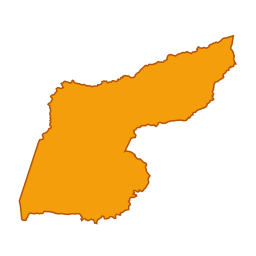 the district of Anastácio, Mato Grosso do Sul, Brazil, rotated 276°
{"feature_id": "56859067B42478140568783", "entity_name": "Anastácio", "entity_type": "district", "adm_level": 2, "iso_a3": "BRA", "parent_name": "Brazil", "parent_adm1": "Mato Grosso do Sul", "projection": "equal_earth", "projection_center": [-55.73, -20.736], "detail": "fine", "context": "isolated", "style": "filled", "palette": "amber", "viewbox_px": 256, "rotation_deg": 276, "n_neighbors": 0, "source": "geoboundaries", "source_scale": "gbopen_adm2", "svg_char_len": 5868}
<svg xmlns="http://www.w3.org/2000/svg" viewBox="0 0 256 256"><g transform="rotate(276 128 128)"><path d="M165.2,56.9L164.3,57.7L162.3,58.7L161.5,59.4L160.8,58.4L160.2,56.3L160.8,55.0L160.7,54.0L160.2,53.3L159.5,52.6L158.7,52.8L157.9,53.3L157.2,53.4L156.6,53.0L155.6,52.2L154.0,51.3L153.4,50.7L153.0,49.5L152.2,48.3L151.1,47.8L150.4,48.3L149.7,49.6L148.7,49.7L146.3,48.8L145.2,48.2L144.6,47.5L144.1,46.5L143.2,46.0L141.8,48.0L140.1,48.0L138.8,48.9L136.1,49.3L135.2,48.8L134.5,48.8L132.7,49.1L131.9,49.8L130.8,49.7L129.9,49.4L128.8,50.4L127.2,49.6L126.6,50.4L125.9,50.7L124.7,49.9L122.2,50.1L121.7,51.2L121.1,51.7L120.2,51.5L119.7,50.7L119.2,49.6L117.3,48.9L115.4,47.8L114.3,46.1L113.8,44.9L113.3,44.2L112.5,43.7L111.5,43.8L109.5,44.9L108.6,44.9L108.0,44.4L107.6,43.5L107.1,41.4L103.4,40.3L44.2,27.6L39.1,29.2L26.4,31.8L25.8,32.3L25.3,33.2L25.4,35.6L25.9,36.3L27.8,36.6L28.7,37.4L31.0,37.8L32.7,38.9L33.2,40.9L32.9,42.7L32.9,44.3L33.5,45.3L33.8,46.2L33.7,47.5L33.4,48.6L33.9,50.4L34.1,51.7L34.6,52.5L35.6,52.9L36.4,53.7L36.3,55.2L36.6,58.6L36.2,62.4L36.1,63.4L35.7,64.2L35.5,65.4L35.4,67.9L35.9,70.5L35.7,74.1L35.8,77.6L36.0,78.6L36.9,81.0L37.0,84.1L37.7,87.5L37.3,89.1L36.8,89.8L35.8,90.3L35.1,91.5L34.3,91.6L33.6,91.4L32.5,90.8L31.9,91.5L31.2,91.7L32.0,92.5L32.8,92.9L33.1,93.9L33.1,95.1L32.3,95.8L31.8,97.0L31.8,98.1L32.3,99.2L33.0,100.2L33.4,101.4L32.7,103.7L29.8,104.9L30.2,105.7L29.8,107.0L30.8,106.8L31.6,106.8L32.8,107.2L33.7,107.3L34.1,108.1L36.0,110.6L36.8,111.2L37.6,111.2L37.6,112.2L37.5,113.2L35.4,114.0L35.3,115.5L36.1,117.9L36.7,118.6L37.5,118.9L38.0,119.6L38.1,120.8L38.0,122.1L37.1,123.1L36.6,123.9L37.3,125.3L38.2,125.1L38.9,124.6L39.8,124.8L40.9,125.6L40.9,126.6L40.5,129.4L41.3,129.8L42.3,129.2L43.1,129.5L43.3,131.0L43.9,131.8L44.8,132.6L45.9,134.0L47.0,137.3L50.6,136.9L51.2,137.9L52.1,138.1L52.9,138.0L55.1,136.2L55.6,136.9L56.3,137.2L57.0,137.0L58.6,137.4L59.3,138.0L59.2,139.0L59.8,140.0L59.5,140.9L60.2,142.1L61.0,142.7L61.1,143.6L62.2,143.3L62.6,141.8L62.6,140.7L62.8,139.7L63.5,140.6L64.5,141.1L65.0,140.3L65.7,140.2L66.4,140.5L66.6,141.7L65.4,143.8L65.5,144.7L66.1,145.7L67.4,145.5L67.2,146.6L66.3,148.4L66.9,149.3L68.9,150.4L70.2,151.7L72.2,152.6L73.0,152.9L75.5,154.2L76.3,154.3L78.7,153.3L80.2,153.5L82.0,154.4L82.6,154.9L85.7,151.7L87.7,150.6L89.1,150.4L90.6,149.6L91.3,149.5L92.2,149.7L93.2,150.4L94.1,150.1L94.9,149.3L95.5,147.1L97.2,144.8L98.2,144.0L98.5,142.9L98.1,141.6L98.4,140.4L100.9,137.6L101.7,138.0L102.6,136.9L103.2,135.6L104.0,134.6L104.3,133.8L104.8,131.4L105.0,128.8L104.3,127.3L116.7,131.7L117.9,131.9L118.8,133.8L119.2,135.0L119.3,136.2L120.0,136.5L120.7,136.4L121.7,136.6L123.2,134.9L124.0,134.6L124.8,134.6L125.4,133.9L126.2,134.2L126.8,134.7L127.1,135.8L129.2,137.0L129.7,138.6L129.7,139.7L130.3,140.1L130.9,140.8L131.6,140.8L132.1,144.0L132.0,145.1L132.9,145.8L133.1,146.8L133.9,147.8L132.9,150.6L133.7,153.7L132.8,154.7L132.5,155.9L133.7,156.6L134.5,157.4L135.4,157.4L136.3,158.0L136.7,158.9L136.9,160.1L136.4,161.1L136.2,162.4L136.6,163.4L136.7,164.7L138.6,167.7L138.9,168.9L139.4,169.6L139.9,171.2L139.7,172.4L140.2,173.5L140.8,176.2L141.4,179.9L141.1,182.6L141.4,184.1L141.8,185.3L142.7,185.8L143.5,186.6L144.6,186.9L144.3,187.9L144.9,188.6L145.8,188.6L147.4,189.9L147.9,191.2L148.5,190.9L149.2,190.9L150.1,191.4L150.4,192.3L150.7,193.5L151.6,194.0L152.3,194.8L153.0,195.1L154.4,198.3L155.1,199.4L156.1,201.8L157.2,203.3L157.9,203.5L158.4,204.0L159.1,204.3L160.1,204.0L160.9,205.2L162.5,206.8L163.7,206.7L164.1,207.4L164.2,208.5L164.7,209.5L165.6,210.2L166.4,209.5L166.9,208.8L168.1,209.1L168.9,208.2L169.6,209.2L170.6,209.6L172.4,208.3L173.4,208.3L175.5,209.1L176.6,208.7L177.5,209.2L178.1,208.9L180.1,209.0L182.8,209.9L183.2,211.5L183.7,212.3L186.3,215.1L186.9,216.3L187.7,217.3L188.9,217.9L189.6,217.2L191.5,217.3L192.7,218.8L194.2,219.8L195.2,220.0L195.7,220.9L195.9,222.0L196.6,222.3L197.3,222.1L198.1,222.2L198.8,222.6L198.8,223.9L199.9,224.0L199.9,225.3L200.2,226.4L202.5,226.8L203.0,228.4L203.5,227.4L204.4,227.8L204.8,226.9L206.0,226.6L207.1,226.0L208.5,226.0L211.0,226.2L211.8,225.5L214.0,224.9L215.7,223.8L217.4,221.9L218.4,221.8L219.7,221.9L221.7,222.6L230.7,223.1L227.9,216.4L227.3,213.9L226.9,213.2L226.1,212.5L225.3,211.7L224.3,211.1L223.7,210.2L222.9,209.4L222.1,208.0L222.6,206.6L221.6,205.4L221.2,203.9L220.1,202.5L219.2,200.6L218.5,200.1L217.8,200.2L217.1,199.7L215.9,198.2L215.5,197.2L215.9,196.0L216.1,195.0L215.1,193.6L215.1,191.2L216.1,189.6L215.5,189.1L213.6,188.2L213.0,189.1L212.0,188.6L211.1,187.7L210.3,184.4L209.4,183.7L208.8,183.3L209.1,181.4L209.4,180.2L210.1,178.9L209.6,177.7L208.9,176.8L208.9,175.6L208.6,174.2L207.4,172.1L206.6,169.9L204.6,167.9L205.2,164.2L205.6,162.9L205.3,161.8L204.1,160.2L202.4,159.6L201.4,159.5L200.4,159.7L199.6,159.2L198.6,157.0L197.9,156.7L197.1,156.1L197.0,153.1L196.8,152.2L197.2,151.1L195.7,149.7L195.3,148.9L194.7,148.4L194.8,147.5L194.1,147.0L193.5,144.8L193.6,143.5L193.4,142.1L192.5,141.7L191.9,141.1L192.1,140.0L192.0,138.7L188.8,136.1L188.1,135.3L186.6,134.0L185.7,133.8L184.9,133.3L184.2,132.2L181.8,129.8L180.9,129.9L180.1,129.5L179.1,128.8L178.7,127.4L178.4,125.7L178.8,124.7L179.4,124.0L179.8,122.7L179.5,121.4L179.9,120.2L179.5,118.8L178.7,117.2L177.7,117.6L177.4,116.8L177.4,115.7L176.7,115.8L175.9,115.2L175.4,114.2L175.6,113.3L174.9,112.7L174.2,113.1L173.5,112.2L173.1,111.2L173.1,109.9L173.5,108.7L173.4,107.7L171.7,106.1L171.8,105.0L171.5,104.1L170.8,103.4L171.1,102.4L172.3,101.9L172.1,100.5L172.2,99.0L171.0,97.1L170.3,97.6L169.5,97.3L167.8,95.1L167.8,93.4L166.8,93.4L166.3,92.3L166.1,89.9L165.3,87.4L165.7,86.6L165.9,85.6L165.7,84.3L165.8,82.0L166.3,80.8L166.7,79.3L166.1,78.5L166.2,77.1L167.0,74.8L166.9,73.8L167.2,70.7L167.8,69.7L169.3,68.8L169.6,67.7L168.9,67.4L168.1,67.3L166.5,65.8L167.0,64.6L167.3,63.4L167.7,61.0L167.9,60.2L167.3,59.5L166.2,58.7L165.2,56.9Z" fill="#f59e0b" stroke="#b45309" stroke-width="1.5"/></g></svg>